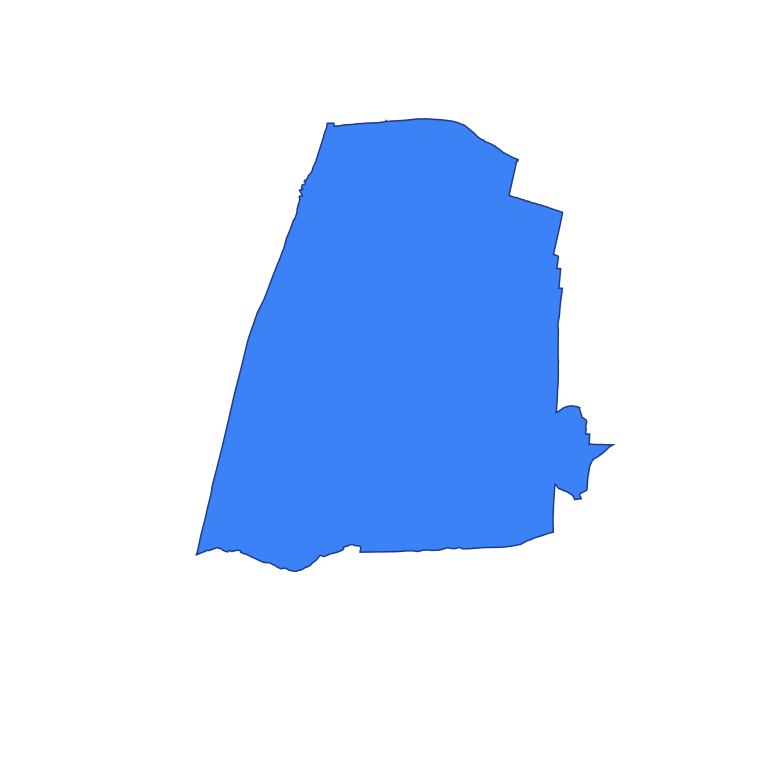 the district of Lozna, Botosani, Romania, rotated 135°
{"feature_id": "2599482B52450047421135", "entity_name": "Lozna", "entity_type": "district", "adm_level": 2, "iso_a3": "ROU", "parent_name": "Romania", "parent_adm1": "Botosani", "projection": "robinson", "projection_center": [26.277, 47.936], "detail": "fine", "context": "isolated", "style": "filled", "palette": "blue", "viewbox_px": 768, "rotation_deg": 135, "n_neighbors": 0, "source": "geoboundaries", "source_scale": "gbopen_adm2", "svg_char_len": 6171}
<svg xmlns="http://www.w3.org/2000/svg" viewBox="0 0 768 768"><g transform="rotate(135 384 384)"><path d="M448.7,511.5L453.4,508.7L471.2,497.8L497.9,482.0L520.6,467.7L543.1,453.8L563.5,441.6L577.5,433.4L581.9,430.1L585.8,427.5L596.0,421.4L604.9,415.7L620.1,406.7L624.4,403.9L630.6,399.9L632.5,398.6L635.0,397.1L637.4,396.0L636.1,395.2L634.3,394.6L630.6,393.0L628.7,392.0L627.0,391.6L626.4,390.9L625.6,390.1L625.0,389.9L624.0,389.2L622.4,388.5L621.3,387.9L618.7,386.8L617.7,386.2L617.3,385.7L617.0,384.5L616.4,384.0L615.9,383.0L615.6,381.2L615.5,380.3L614.1,377.2L613.3,375.9L613.1,375.8L612.5,375.6L611.0,375.5L610.5,375.0L610.1,373.3L609.9,373.1L608.7,372.5L607.9,371.8L606.7,371.1L605.0,369.9L604.2,368.9L603.6,367.9L603.4,367.2L604.4,366.4L603.7,364.8L602.9,362.5L601.6,360.9L601.3,359.4L600.4,357.1L600.0,355.2L599.2,353.7L598.2,350.8L597.5,348.9L597.3,348.3L597.3,347.7L596.7,346.7L596.2,345.6L596.1,344.8L595.7,343.9L595.0,342.8L594.2,341.6L592.4,339.7L591.2,338.3L590.9,337.6L590.7,336.4L590.5,335.4L590.2,334.4L589.5,333.8L589.4,332.8L589.3,331.5L588.8,329.9L588.5,328.5L587.8,327.0L587.1,325.7L585.5,324.8L584.5,324.2L583.8,322.9L583.0,320.2L582.6,319.4L582.0,318.0L580.9,316.7L579.7,314.8L578.6,313.8L577.2,313.0L575.8,312.4L574.4,311.3L573.4,310.9L572.1,310.6L570.0,310.0L568.6,309.5L567.2,308.7L566.0,308.3L565.3,308.1L564.1,307.9L563.0,308.0L561.2,308.1L560.3,307.9L556.2,307.4L555.4,307.4L553.3,307.8L550.8,307.9L550.1,307.8L549.3,306.2L548.6,304.7L547.8,304.1L545.9,303.3L542.3,302.0L538.9,299.8L536.2,298.2L534.0,297.2L533.2,296.9L531.5,296.2L530.2,295.9L529.4,296.0L529.1,296.1L528.4,296.6L527.9,297.4L524.1,295.1L521.3,294.1L520.1,293.2L519.7,292.5L518.8,290.3L516.7,287.8L515.7,286.1L515.8,285.0L517.0,284.0L519.1,282.6L519.8,282.0L511.4,273.8L506.2,268.8L503.9,266.5L494.2,257.1L489.8,253.2L486.0,250.0L483.3,247.3L481.1,245.2L480.3,243.9L478.8,241.9L476.7,240.5L473.2,238.4L470.0,235.2L467.6,232.2L465.8,230.7L462.3,227.4L457.2,224.5L455.7,224.0L453.7,221.7L452.6,219.9L450.3,217.4L446.3,215.2L444.9,211.8L440.4,207.4L429.8,198.4L423.1,192.0L416.9,186.0L411.0,181.0L410.3,180.8L409.0,179.6L406.2,177.6L403.6,176.0L401.1,174.2L399.6,173.6L394.5,172.3L393.4,171.7L391.4,170.7L386.3,168.7L379.6,165.1L373.0,162.0L371.4,160.9L369.4,159.9L369.1,159.5L360.2,168.8L350.2,178.1L334.8,191.6L333.8,192.2L333.6,192.0L334.1,188.9L334.4,186.5L333.7,185.0L332.8,183.8L332.7,182.0L331.5,180.2L330.7,177.9L330.3,175.8L329.6,173.6L329.5,172.8L329.5,171.7L329.6,170.4L330.9,167.5L325.6,163.4L325.4,163.6L325.3,164.4L324.9,165.1L324.8,165.9L324.1,167.2L323.6,167.7L323.3,167.9L319.0,166.6L316.4,165.7L315.8,165.7L314.9,166.1L314.1,166.6L313.4,167.2L312.7,167.9L309.0,171.2L306.4,173.4L304.0,175.2L301.1,177.2L298.7,178.9L297.2,180.1L296.0,180.7L291.3,182.4L289.5,182.6L288.2,182.5L287.1,182.2L285.5,181.7L283.4,181.3L280.3,180.8L278.6,180.5L273.3,180.2L272.2,180.2L270.3,180.2L268.6,180.0L266.7,179.5L265.1,179.1L265.4,179.4L270.2,184.3L272.0,186.3L273.1,187.6L274.3,188.8L275.6,189.9L276.5,191.0L279.3,194.0L280.4,195.5L281.7,196.4L280.5,197.3L274.0,203.1L275.7,204.4L275.4,204.6L276.9,206.0L275.6,207.1L275.0,207.8L274.1,208.4L272.9,209.2L272.2,210.0L272.1,210.7L269.9,212.4L268.2,213.4L267.3,214.0L266.7,215.1L266.7,216.5L267.2,219.5L267.4,220.5L266.6,221.9L263.5,228.1L262.4,228.6L263.5,231.6L267.3,236.4L271.1,239.0L275.0,240.5L276.4,240.6L280.3,241.4L282.4,241.9L276.3,247.3L270.7,252.2L265.2,257.4L264.3,258.2L262.5,259.6L260.7,261.1L256.9,264.8L254.9,266.6L253.7,267.7L252.5,269.0L251.3,270.2L250.5,271.0L249.5,272.1L248.3,273.3L246.0,275.4L244.7,276.6L242.5,279.2L241.6,280.2L227.7,294.0L225.3,296.2L222.7,298.7L221.5,300.0L221.0,300.8L220.4,301.7L219.4,302.6L216.5,305.0L212.8,307.4L203.5,315.3L202.9,315.8L190.2,325.5L192.5,328.1L183.9,335.3L177.5,340.7L179.5,342.8L179.7,343.4L179.3,344.1L175.4,347.0L172.9,349.0L171.1,350.2L170.5,351.1L171.0,352.7L171.6,354.0L172.6,355.8L147.4,371.7L136.4,379.1L142.2,390.7L143.3,393.4L145.3,397.0L146.5,399.4L148.3,402.5L149.2,404.5L149.8,405.6L150.4,406.0L152.0,409.3L153.0,411.8L153.4,412.4L154.3,412.8L154.8,413.1L154.9,413.5L154.8,414.0L154.6,414.8L154.8,415.2L155.8,416.5L158.2,421.6L158.5,422.1L159.6,423.7L160.5,425.2L160.9,425.9L161.4,427.4L162.1,429.1L148.7,437.5L132.7,447.7L132.0,446.9L131.0,447.5L130.6,447.6L130.7,448.2L131.0,449.1L131.2,449.7L132.4,451.9L133.3,454.5L134.0,457.1L135.0,460.2L135.5,461.9L135.9,463.1L136.3,466.2L136.4,466.9L136.5,467.6L136.5,468.4L136.5,469.0L136.9,470.0L137.1,471.1L137.2,471.9L137.2,472.6L137.3,473.5L137.4,474.0L138.0,475.9L138.3,477.1L139.4,480.0L141.5,485.0L141.0,485.6L141.9,487.5L142.4,489.2L142.7,490.8L142.9,492.0L143.0,494.7L142.9,497.8L143.0,499.1L143.4,502.4L143.6,505.6L144.3,510.3L144.6,511.2L145.6,513.1L146.3,515.0L146.9,516.3L147.6,517.6L148.7,519.7L149.6,521.1L150.4,522.2L151.1,523.1L152.3,524.7L154.6,527.8L156.0,529.4L156.8,530.5L162.3,536.7L165.5,540.5L167.7,542.7L169.9,544.8L173.2,548.0L174.5,549.1L177.7,551.6L182.8,555.7L187.4,559.8L189.4,561.5L192.6,564.5L194.9,566.3L196.1,567.5L196.4,568.1L196.4,568.6L196.9,568.2L199.8,570.2L203.8,573.2L204.7,574.0L206.7,576.0L209.0,578.1L211.5,580.5L213.3,581.9L214.8,583.3L216.4,584.7L219.1,587.1L221.0,588.5L222.5,589.6L226.3,592.9L227.1,593.8L228.2,594.7L229.4,595.7L230.1,596.2L231.6,597.1L233.4,598.4L236.8,601.5L235.6,603.1L235.4,603.6L235.1,603.9L239.7,608.5L244.4,605.1L245.8,604.9L250.7,602.4L251.7,601.6L263.1,595.7L272.1,591.1L275.4,589.3L280.3,587.6L282.4,586.7L282.7,586.0L285.3,585.3L288.2,584.7L289.9,584.9L291.0,584.2L292.9,583.7L295.0,583.4L296.0,584.0L297.2,583.6L297.0,582.5L297.6,581.6L298.9,581.3L299.7,581.9L300.9,582.6L301.4,582.4L302.3,581.8L303.6,581.0L303.6,579.3L304.6,579.5L305.5,580.3L306.8,580.8L307.6,577.6L308.6,574.6L310.1,576.2L311.5,576.4L312.2,575.6L312.2,574.6L314.9,572.9L319.3,570.5L322.0,569.0L322.4,568.2L325.2,566.4L327.4,565.2L331.0,563.7L331.6,564.0L335.1,562.4L342.3,559.0L350.1,555.9L356.5,552.1L356.9,551.8L358.1,551.3L358.9,550.7L359.5,550.4L361.3,549.8L363.5,549.0L365.2,548.0L367.4,547.0L369.8,546.0L370.9,545.6L375.3,543.7L380.1,541.6L385.7,539.2L399.2,533.0L409.4,528.5L422.9,524.1L448.7,511.5Z" fill="#3b82f6" stroke="#1e3a8a" stroke-width="1.5"/></g></svg>